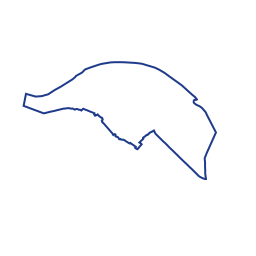 Duyen Hai, Trà Vinh, Vietnam (Mercator projection), rotated 235°
{"feature_id": "81297802B81116648730753", "entity_name": "Duyen Hai", "entity_type": "district", "adm_level": 2, "iso_a3": "VNM", "parent_name": "Vietnam", "parent_adm1": "Trà Vinh", "projection": "mercator", "projection_center": [106.448, 9.668], "detail": "fine", "context": "isolated", "style": "outline", "palette": "blue", "viewbox_px": 256, "rotation_deg": 235, "n_neighbors": 0, "source": "geoboundaries", "source_scale": "gbopen_adm2", "svg_char_len": 4977}
<svg xmlns="http://www.w3.org/2000/svg" viewBox="0 0 256 256"><g transform="rotate(235 128 128)"><path d="M107.7,122.5L107.4,122.6L106.9,122.7L106.5,122.9L106.3,122.9L106.0,123.1L105.8,123.2L105.6,123.3L105.4,123.4L105.5,123.6L105.6,123.9L105.6,124.0L105.3,124.2L105.3,124.4L105.5,125.0L105.7,125.5L105.8,125.8L106.0,126.6L106.1,127.0L106.3,127.5L106.4,128.0L106.5,128.8L106.6,129.1L106.8,129.7L106.8,129.8L107.3,129.9L108.0,129.6L108.4,129.5L109.0,129.2L109.6,129.0L109.8,130.3L109.9,131.0L110.0,131.5L110.1,132.3L110.2,133.4L110.4,134.2L110.4,134.4L110.5,134.5L110.9,134.4L111.1,134.5L111.3,134.6L111.4,134.9L111.4,135.3L111.4,136.0L111.4,136.5L111.3,136.9L111.4,137.3L111.5,137.7L111.5,138.3L111.5,138.5L111.6,139.1L111.6,139.3L111.5,139.6L111.4,139.6L111.2,139.7L111.2,139.8L111.2,140.0L111.2,140.6L111.2,140.8L111.3,141.0L111.2,141.3L111.3,141.5L111.5,141.9L111.5,142.0L111.5,142.4L111.5,142.5L111.6,142.8L111.7,143.0L111.7,143.3L111.6,143.5L111.5,144.0L111.4,144.8L111.3,145.0L111.3,145.3L111.3,145.6L111.2,145.7L111.2,145.9L111.1,146.0L111.1,146.3L111.2,146.6L111.2,146.8L111.2,147.0L111.1,147.3L111.1,147.6L111.1,147.8L110.8,147.8L109.7,147.6L108.6,147.3L107.8,147.3L107.2,147.3L104.9,147.7L101.2,148.4L99.3,148.7L96.1,149.3L94.7,149.7L91.5,150.3L89.9,150.5L87.1,151.0L82.6,151.9L75.6,153.2L72.2,153.8L68.3,154.6L67.6,154.7L65.4,155.2L62.3,155.8L61.0,156.0L59.6,156.3L57.8,156.7L51.0,157.9L49.3,158.2L47.7,158.5L46.8,158.9L44.8,159.9L43.5,160.7L42.6,161.4L41.9,162.0L41.5,162.6L42.8,163.3L43.9,163.8L46.5,165.2L49.1,167.0L53.1,169.6L54.5,170.6L56.0,171.6L58.0,172.7L59.1,173.4L59.4,173.7L60.3,175.1L62.2,177.9L64.7,182.1L67.1,186.1L69.5,190.1L72.0,194.3L73.9,197.5L94.0,200.2L96.1,200.7L99.3,200.4L102.5,200.0L105.2,198.9L107.8,197.3L110.3,196.5L111.5,196.6L112.7,197.6L112.9,198.6L111.8,200.3L111.8,200.8L112.9,200.8L115.2,200.6L118.3,199.7L123.8,198.4L131.9,196.6L146.2,191.6L152.1,189.6L158.0,186.9L162.1,184.6L172.7,176.2L174.8,173.9L177.2,171.2L184.4,162.1L189.3,155.2L191.7,151.4L195.5,143.5L196.6,140.5L199.4,131.0L200.5,126.7L200.5,125.6L199.9,123.2L199.8,121.5L200.5,115.5L200.0,113.8L199.7,110.5L200.4,96.7L201.1,90.1L201.4,81.9L203.6,75.6L206.7,70.4L214.5,64.0L208.5,57.8L206.0,55.2L188.3,67.4L188.1,67.9L186.9,71.0L185.7,74.1L184.4,77.1L183.2,80.3L181.9,83.6L181.0,85.8L181.0,86.0L180.9,86.2L180.4,87.0L179.8,88.0L179.6,88.5L179.3,89.0L178.8,90.0L178.7,90.3L178.5,90.5L178.0,91.1L177.9,91.3L177.7,91.4L177.3,91.7L177.0,92.0L176.8,92.1L176.7,92.3L176.4,92.7L175.9,93.3L175.8,93.6L175.6,93.8L175.3,94.1L175.1,94.2L174.9,94.3L174.4,94.5L174.2,94.6L173.9,94.7L173.8,94.8L173.6,95.0L173.4,95.3L173.4,95.7L173.3,96.2L173.2,96.5L173.0,96.9L172.9,97.0L172.7,97.3L172.4,97.5L171.7,97.9L171.5,98.0L171.3,98.1L171.2,98.2L171.0,98.4L170.6,98.9L170.5,99.1L170.4,99.2L170.2,99.3L169.8,99.5L169.6,99.6L169.1,99.8L169.4,101.7L169.5,102.3L168.6,102.9L167.8,103.4L167.1,103.9L165.6,104.9L164.3,105.7L162.9,106.6L160.2,108.4L159.4,108.9L159.1,108.4L158.8,108.3L158.5,108.0L158.3,108.0L158.2,108.2L158.2,108.4L158.1,108.5L157.8,108.4L157.6,108.3L157.6,108.5L157.4,108.7L157.2,108.7L156.9,108.5L156.8,108.4L156.7,108.5L156.7,108.8L156.8,109.2L156.8,109.4L156.8,109.5L156.7,109.7L156.6,109.9L156.6,110.0L156.5,110.3L156.5,110.6L156.5,110.9L156.5,111.0L156.4,111.0L156.2,110.9L156.1,110.7L155.8,110.8L155.3,110.9L154.8,111.2L154.2,111.3L153.9,111.3L153.7,111.3L153.5,111.5L153.4,111.5L153.2,111.6L152.9,111.7L152.7,111.8L152.4,111.9L152.1,111.9L151.9,112.0L151.6,112.2L151.5,112.3L151.4,112.4L151.3,112.5L151.2,112.6L150.8,112.5L150.7,112.4L150.4,112.4L150.1,112.3L150.0,112.2L149.8,112.2L149.7,112.2L149.5,111.8L149.3,111.8L149.2,111.5L149.1,111.3L149.0,111.2L148.9,110.8L148.9,110.7L148.2,110.5L148.0,110.4L147.6,110.3L147.4,110.3L147.4,110.5L146.9,110.6L146.2,110.6L145.7,110.7L144.8,110.8L144.1,110.9L142.7,111.0L142.3,111.0L142.0,111.1L141.3,111.2L139.9,111.3L138.5,111.5L137.0,111.6L135.6,111.8L134.2,111.9L131.9,112.2L131.6,112.2L131.4,112.2L131.2,111.9L131.0,112.0L130.8,112.0L130.7,112.0L130.7,112.4L130.6,112.7L130.6,112.9L130.6,113.1L130.4,113.3L130.3,113.5L130.4,113.8L130.2,113.9L129.9,114.0L129.7,113.9L129.6,113.7L129.4,113.7L129.2,113.6L128.9,113.5L128.8,113.4L128.6,113.2L128.4,113.0L128.2,113.0L127.6,113.6L127.4,113.6L127.2,113.9L127.0,114.0L126.8,114.2L126.6,114.3L126.3,114.4L126.1,114.5L125.9,114.5L125.6,114.5L125.4,114.5L125.1,114.5L124.7,114.4L124.5,114.5L124.3,114.6L124.0,114.7L123.8,114.8L123.5,115.0L123.4,115.0L123.2,115.1L123.1,115.3L123.1,115.5L122.9,115.5L122.9,115.4L122.8,115.5L122.5,115.8L122.3,116.0L122.1,116.3L121.9,116.4L121.7,116.6L121.4,116.9L121.1,117.3L121.0,117.6L120.7,117.7L120.2,118.0L119.7,118.2L118.7,118.6L118.1,118.8L117.4,119.1L116.6,119.5L115.8,119.8L114.4,120.5L114.2,120.6L114.2,120.8L114.3,121.0L114.4,121.3L113.9,121.5L111.6,122.3L111.2,122.5L110.4,122.8L110.0,122.9L109.1,123.2L108.7,123.4L108.3,123.5L108.1,123.6L108.0,123.4L108.0,123.2L107.9,123.0L107.7,122.5Z" fill="none" stroke="#1e3a8a" stroke-width="2"/></g></svg>